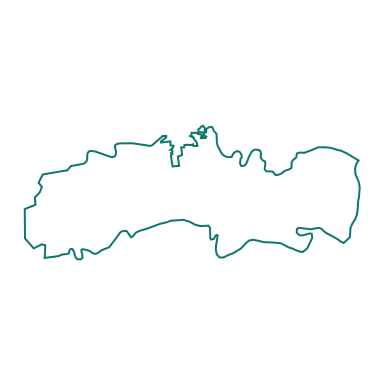 Sokuluk, Chuy, Kyrgyzstan (Albers equal-area conic projection), rotated 269°
{"feature_id": "92254566B29732535637196", "entity_name": "Sokuluk", "entity_type": "district", "adm_level": 2, "iso_a3": "KGZ", "parent_name": "Kyrgyzstan", "parent_adm1": "Chuy", "projection": "albers", "projection_center": [74.357, 42.835], "detail": "fine", "context": "isolated", "style": "outline", "palette": "teal", "viewbox_px": 384, "rotation_deg": 269, "n_neighbors": 0, "source": "geoboundaries", "source_scale": "gbopen_adm2", "svg_char_len": 3653}
<svg xmlns="http://www.w3.org/2000/svg" viewBox="0 0 384 384"><g transform="rotate(269 192 192)"><path d="M184.3,358.9L193.5,359.8L199.1,358.9L207.0,355.7L212.8,355.5L217.3,356.8L220.6,359.1L227.8,347.7L230.5,342.1L232.0,336.7L233.7,331.7L234.4,325.5L234.5,319.2L231.0,310.2L229.2,304.9L229.6,300.7L228.7,297.6L224.5,296.7L222.6,294.0L220.1,292.1L217.2,292.1L214.2,291.7L212.7,289.1L212.0,286.3L210.8,284.1L208.7,281.4L207.7,278.3L207.4,276.0L211.1,272.8L211.3,269.6L211.3,266.9L213.3,265.1L216.1,265.3L217.7,265.7L218.9,266.0L221.6,265.2L222.1,263.7L223.5,262.2L225.8,261.1L227.4,261.5L229.3,261.7L231.0,261.3L232.8,259.8L233.3,256.4L232.9,254.6L230.9,252.1L226.2,249.6L219.5,246.8L217.7,245.2L217.2,243.7L217.3,241.7L217.4,241.4L219.9,240.5L224.3,241.1L225.7,242.4L228.1,242.2L231.0,240.6L232.0,238.7L231.7,236.4L229.7,234.0L226.4,232.3L226.2,229.2L226.5,227.0L228.5,223.6L231.0,221.8L238.2,218.3L241.9,217.6L244.0,217.7L249.7,217.5L253.0,214.7L255.4,213.9L256.6,213.1L256.8,211.6L256.3,209.7L254.5,207.3L251.3,207.1L251.6,205.4L252.7,206.0L254.0,205.8L254.5,206.3L254.8,206.3L255.8,205.8L257.1,204.5L258.0,204.4L257.1,202.1L255.6,201.2L254.8,199.5L252.0,199.5L251.1,204.6L248.4,205.2L247.1,207.3L245.7,206.4L245.7,201.9L246.6,201.8L246.6,203.4L247.4,203.2L247.5,204.3L247.9,204.8L249.3,201.6L250.3,198.2L251.0,197.9L251.2,192.6L248.7,192.4L248.1,191.3L247.5,193.3L246.9,193.1L246.4,194.7L245.5,194.6L241.1,197.7L238.0,198.2L238.0,194.3L239.7,193.9L239.0,192.7L239.2,188.6L239.2,187.1L239.1,185.3L236.7,184.9L236.8,182.0L229.2,182.8L227.6,178.5L218.4,179.6L217.9,173.0L229.1,171.5L230.3,173.1L231.4,171.7L232.6,173.2L234.4,172.8L234.5,171.4L236.3,173.5L238.5,174.3L239.1,171.3L243.0,171.3L242.0,162.0L243.3,162.0L247.1,167.2L248.5,167.2L248.5,163.7L239.2,152.7L238.8,150.5L239.5,147.3L241.7,133.8L241.8,131.3L241.8,129.0L241.9,122.8L241.7,119.4L241.0,117.1L239.8,115.8L238.0,115.8L235.0,116.5L232.9,116.8L231.2,116.5L229.3,115.7L228.4,114.1L228.4,112.1L228.6,111.2L229.2,109.4L229.6,108.4L230.8,105.1L231.6,103.0L234.2,95.9L234.9,91.1L234.1,89.3L231.8,88.0L226.0,87.7L223.9,86.6L222.2,84.3L220.6,75.1L220.2,71.6L215.7,67.5L215.6,65.6L212.1,43.1L204.0,38.8L199.7,42.0L194.0,39.6L189.3,34.7L182.0,35.3L177.9,24.5L148.5,24.2L138.4,32.8L142.3,40.8L141.3,44.4L128.6,43.6L129.2,48.0L129.6,52.4L130.4,57.9L131.6,60.2L132.1,65.2L132.7,67.8L134.7,68.2L136.7,69.0L137.2,70.3L137.0,71.5L134.4,72.9L131.3,73.6L129.0,74.4L127.6,75.3L126.9,76.5L126.6,78.2L126.9,80.1L128.2,81.4L130.9,81.2L134.5,80.4L136.1,80.5L136.7,81.7L136.3,83.8L135.7,85.6L135.5,86.8L134.4,89.3L132.7,91.5L131.8,93.8L132.3,96.1L133.1,97.5L135.5,100.8L138.2,108.2L145.4,113.9L152.9,119.6L154.0,121.7L154.4,124.0L153.9,126.2L147.7,130.3L148.8,132.2L152.6,135.5L154.5,140.3L156.0,146.0L160.8,159.8L162.1,166.0L163.6,170.1L164.3,183.0L162.1,189.6L159.4,194.2L157.7,200.0L158.1,207.8L156.1,209.3L152.0,209.4L145.5,209.5L144.1,210.2L144.8,213.0L147.7,214.7L148.6,215.6L148.3,216.9L143.1,216.1L138.1,215.1L133.8,214.8L129.2,215.7L126.1,218.4L126.0,222.3L128.2,227.0L130.2,232.4L132.5,236.1L134.6,239.9L140.0,245.1L142.4,248.1L143.2,252.4L142.2,256.8L140.5,263.3L140.3,269.5L139.4,278.2L138.9,280.9L137.7,282.7L135.0,287.6L133.5,291.8L131.4,296.3L130.3,299.7L130.2,301.9L133.6,306.2L143.7,311.3L148.0,311.1L148.6,309.3L146.8,302.4L146.8,298.9L149.5,296.0L153.2,296.3L154.4,298.6L153.7,302.3L153.4,305.1L152.6,310.0L153.5,314.9L153.9,318.7L152.7,321.1L151.1,322.4L148.7,325.4L146.7,329.1L145.0,332.1L143.4,334.8L141.9,337.3L140.1,339.4L138.4,342.7L144.0,349.1L153.2,349.8L158.2,352.1L161.8,354.6L166.4,356.5L172.8,357.5L179.5,357.9L184.3,358.9Z" fill="none" stroke="#0f766e" stroke-width="2"/></g></svg>